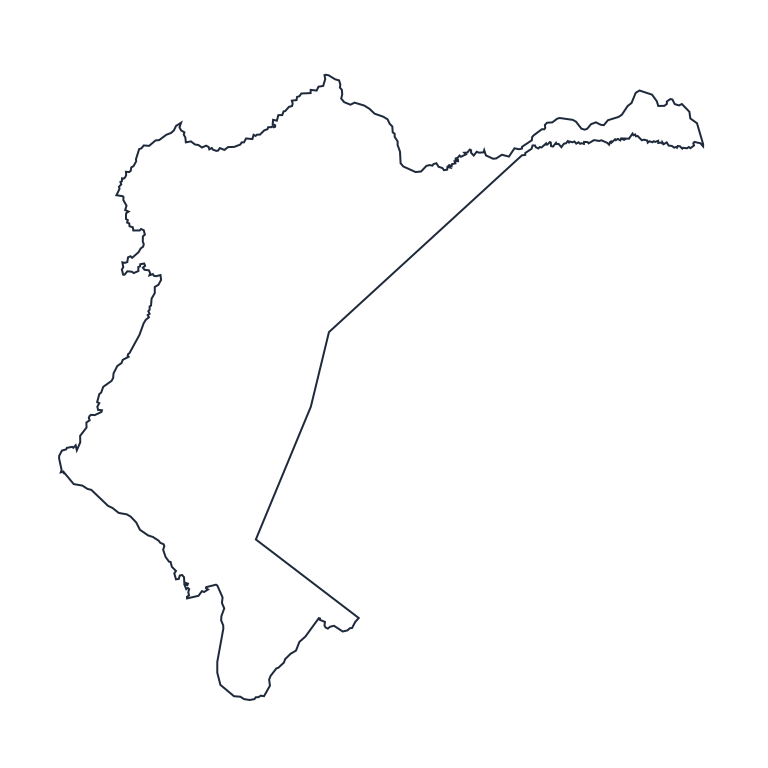 Landázuri, Santander, Colombia, rotated 178°
{"feature_id": "7082276B67983395238238", "entity_name": "Landázuri", "entity_type": "district", "adm_level": 2, "iso_a3": "COL", "parent_name": "Colombia", "parent_adm1": "Santander", "projection": "mercator", "projection_center": [-73.893, 6.365], "detail": "fine", "context": "isolated", "style": "outline", "palette": "slate", "viewbox_px": 768, "rotation_deg": 178, "n_neighbors": 0, "source": "geoboundaries", "source_scale": "gbopen_adm2", "svg_char_len": 6119}
<svg xmlns="http://www.w3.org/2000/svg" viewBox="0 0 768 768"><g transform="rotate(178 384 384)"><path d="M577.7,652.2L582.9,649.1L585.1,644.8L588.1,642.3L592.8,640.7L600.2,635.6L603.8,635.4L610.4,630.2L615.8,630.8L618.2,628.0L620.5,627.3L624.0,617.4L623.9,615.2L626.7,610.5L629.0,609.3L629.7,605.9L631.3,604.7L634.5,605.1L634.4,601.7L635.6,599.4L637.0,598.3L638.6,598.7L638.9,595.7L640.4,595.1L639.6,592.7L642.0,590.4L641.5,588.3L644.8,582.0L638.5,580.8L637.8,579.9L638.1,576.9L635.1,571.2L636.6,566.9L633.2,565.2L635.7,563.7L635.9,562.6L636.1,557.9L634.3,556.7L635.1,554.3L633.0,553.4L632.8,550.5L629.6,549.4L629.2,546.2L622.8,546.0L621.4,547.4L618.7,546.0L617.8,541.6L619.8,540.0L620.1,534.7L619.2,532.1L619.9,529.7L622.5,527.9L624.6,524.4L631.3,518.9L632.9,520.5L635.4,519.5L636.3,514.8L638.7,514.1L641.2,514.7L640.5,509.9L642.0,507.5L640.8,502.3L639.5,502.3L636.5,505.6L632.1,505.0L630.2,503.6L625.5,505.5L625.5,509.4L623.7,510.2L623.4,512.2L619.5,512.8L618.6,510.4L620.9,508.7L619.4,506.5L615.0,505.8L613.8,502.9L614.6,500.8L611.2,501.9L610.1,500.1L607.8,499.7L603.6,500.7L603.1,495.9L606.0,491.0L609.7,489.0L609.9,482.9L613.3,477.4L614.1,470.5L615.5,469.7L615.6,466.5L617.0,465.0L615.8,462.3L617.8,461.1L616.6,458.9L619.8,456.5L622.1,453.0L626.7,441.6L637.3,423.7L638.7,422.8L639.2,421.1L638.3,420.1L644.2,417.3L645.6,414.1L649.9,411.3L653.9,404.1L654.5,399.4L656.2,396.6L664.7,391.0L666.9,385.4L668.9,383.8L671.3,375.9L669.2,374.8L671.3,371.4L670.6,368.1L666.8,367.6L667.4,365.9L674.2,363.0L677.9,363.4L679.5,362.1L680.2,360.4L679.4,358.1L682.8,355.8L682.8,350.9L689.5,342.8L689.6,336.3L693.3,328.5L694.3,333.5L696.7,331.1L697.9,332.1L703.2,331.2L704.0,329.7L708.2,328.7L711.1,323.6L711.3,320.9L709.2,309.3L710.1,307.0L708.2,307.4L707.3,306.4L707.1,307.1L697.6,294.8L689.0,293.0L684.0,289.5L680.2,288.4L664.1,271.9L659.7,269.6L653.6,264.4L645.6,262.7L641.8,260.3L636.4,254.2L633.0,246.8L625.0,240.9L620.3,239.2L614.7,235.3L613.1,233.1L609.8,231.5L609.2,229.7L610.5,226.0L608.3,218.7L605.0,213.9L603.5,213.6L602.4,208.7L598.4,204.4L600.2,202.1L598.7,196.0L595.9,196.4L594.8,199.7L592.5,200.2L590.6,197.9L590.5,192.6L586.9,191.3L587.5,189.9L590.4,190.4L588.8,185.9L587.3,187.1L585.9,185.9L586.9,182.7L586.2,179.6L588.3,178.3L588.3,176.6L576.8,178.8L573.2,183.3L571.1,182.4L567.0,184.8L569.0,186.1L568.8,187.2L558.9,189.3L557.6,188.4L552.8,176.4L553.6,170.8L551.5,165.3L554.6,157.7L555.0,153.4L553.1,148.4L553.1,145.1L560.3,112.2L560.7,101.3L558.0,89.0L544.8,77.2L538.5,76.5L534.9,74.0L529.4,72.9L524.5,73.6L523.1,75.4L520.3,75.4L518.1,76.8L514.8,76.2L508.5,86.5L509.1,92.6L507.5,96.3L501.5,103.5L499.5,104.1L493.7,109.2L492.4,112.5L486.7,117.7L481.3,120.6L477.5,129.3L471.4,134.3L457.3,152.3L456.1,151.9L456.3,150.5L451.3,148.3L451.9,144.8L450.9,142.7L448.7,141.5L446.3,143.3L442.4,144.1L433.9,138.1L429.2,139.0L426.6,141.1L424.4,141.3L421.1,147.2L417.4,151.0L517.5,233.1L457.9,363.9L437.2,437.8L238.2,607.7L234.9,608.0L234.7,610.0L228.3,613.9L227.2,617.2L224.8,617.1L224.0,615.3L221.5,614.0L220.1,615.4L218.3,614.9L213.7,618.7L213.5,617.6L212.4,617.6L209.8,620.0L208.9,619.5L208.7,615.9L206.8,615.4L203.7,619.0L203.2,617.8L201.2,617.9L198.5,614.5L195.8,617.9L193.7,618.2L191.9,620.3L190.8,619.0L190.4,619.9L187.2,619.0L185.2,619.7L183.5,617.5L181.2,618.8L179.6,617.2L178.4,617.8L175.8,617.0L175.6,619.0L172.0,618.6L171.1,617.4L165.6,620.4L160.3,619.4L158.3,620.0L152.3,617.1L150.7,615.3L149.5,618.1L148.6,618.5L148.2,617.3L144.5,620.5L143.8,619.6L141.7,620.8L139.4,619.2L138.5,621.0L135.5,619.6L134.8,620.0L136.2,621.0L130.6,620.6L126.9,625.6L126.0,623.9L124.3,624.6L123.6,622.8L121.9,623.0L117.8,618.6L115.7,619.1L112.5,618.2L112.0,616.0L110.3,617.3L107.2,616.2L106.1,617.2L104.5,616.5L101.5,617.5L101.5,615.3L98.4,615.6L97.4,614.7L97.3,615.8L96.1,613.9L93.0,615.6L91.2,612.3L88.0,611.9L85.8,610.1L83.9,610.7L83.0,609.9L82.1,611.6L79.9,611.2L77.7,608.8L76.9,609.6L72.9,609.0L71.1,610.2L69.5,609.0L65.8,611.6L66.5,613.8L65.3,615.1L59.3,613.5L56.8,610.4L56.7,612.6L62.1,633.7L68.6,638.7L69.3,645.4L76.5,653.4L79.5,652.1L83.7,653.6L85.8,658.2L87.9,658.8L91.5,656.4L91.5,654.1L94.1,652.2L100.2,652.3L101.5,657.1L106.0,663.8L118.4,668.4L122.3,666.2L126.8,656.2L130.8,653.3L136.9,644.8L140.3,642.7L151.0,639.8L155.3,635.0L158.3,635.5L163.1,638.1L168.1,636.4L172.1,631.9L174.7,631.2L177.8,632.3L183.0,639.5L186.2,641.4L199.2,643.7L201.7,643.1L206.6,639.6L212.0,639.4L214.2,637.2L213.9,634.4L214.9,633.0L217.3,633.1L225.6,627.4L227.2,625.8L227.8,622.4L237.7,616.3L237.9,614.5L240.9,613.9L245.4,615.0L251.2,606.9L258.2,609.0L264.0,605.5L267.1,605.3L274.2,608.9L275.7,614.2L276.5,612.0L281.2,611.9L283.2,612.9L286.4,609.2L288.9,612.1L288.8,614.6L290.1,615.3L292.6,612.4L295.6,612.3L294.1,610.6L299.2,608.4L300.5,609.7L302.5,607.4L304.4,607.0L304.7,605.6L302.3,605.4L302.2,604.1L305.7,604.1L305.0,602.0L308.4,601.3L308.8,599.3L311.2,600.5L311.8,600.0L310.4,598.0L313.0,598.7L313.4,596.0L316.6,595.6L318.1,597.8L321.9,599.2L323.9,602.8L326.9,602.0L328.1,600.5L330.6,601.2L334.0,600.5L339.5,595.1L345.0,594.7L357.1,600.7L359.7,604.0L359.9,615.6L362.1,622.5L361.9,625.9L364.7,630.6L364.6,633.7L366.5,635.2L366.7,641.1L369.2,643.8L371.2,648.4L375.3,651.1L384.0,654.5L389.0,659.6L394.1,663.0L403.6,666.2L407.8,664.3L414.0,667.1L416.8,670.7L415.6,675.2L415.9,679.6L417.7,681.7L417.2,684.9L418.3,689.0L422.2,690.2L428.5,694.4L431.6,695.1L432.7,694.8L432.1,690.7L434.4,684.0L439.1,683.4L441.1,679.6L447.0,680.5L447.2,677.3L456.5,677.2L458.4,674.6L460.9,673.9L461.5,670.8L466.2,670.4L465.5,667.3L466.2,665.0L469.3,664.3L473.2,660.2L474.9,659.9L476.3,656.3L480.2,656.4L481.9,650.9L485.6,651.9L486.2,647.7L483.7,646.3L483.9,644.8L485.4,644.4L486.4,645.6L487.8,644.6L490.8,644.7L491.6,642.7L494.9,641.6L499.2,637.6L502.2,637.6L503.7,636.4L505.6,637.6L507.0,633.4L513.3,634.2L515.5,630.4L517.8,630.4L519.3,628.3L525.4,626.2L531.6,626.2L535.3,623.5L539.8,625.5L541.6,623.1L543.4,622.8L546.8,624.2L547.9,625.9L550.4,624.6L551.0,627.0L553.4,628.4L557.7,626.7L561.1,629.3L564.6,630.0L568.5,633.2L573.6,632.4L573.9,637.2L575.4,640.2L574.7,642.5L577.9,644.5L579.4,647.6L577.7,652.2Z" fill="none" stroke="#1e293b" stroke-width="2"/></g></svg>